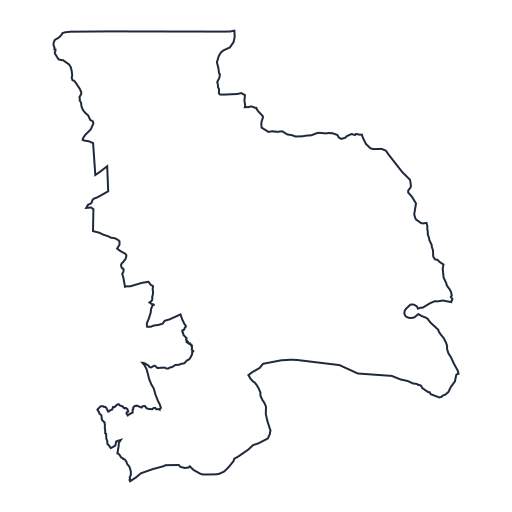 Lambussie-karni, Upper West, Ghana (orthographic projection)
{"feature_id": "2480657B9523556036154", "entity_name": "Lambussie-karni", "entity_type": "district", "adm_level": 2, "iso_a3": "GHA", "parent_name": "Ghana", "parent_adm1": "Upper West", "projection": "orthographic", "projection_center": [-2.645, 10.837], "detail": "fine", "context": "isolated", "style": "outline", "palette": "slate", "viewbox_px": 512, "rotation_deg": 0, "n_neighbors": 0, "source": "geoboundaries", "source_scale": "gbopen_adm2", "svg_char_len": 6004}
<svg xmlns="http://www.w3.org/2000/svg" viewBox="0 0 512 512"><path d="M458.5,373.8L457.7,370.5L454.1,364.1L450.8,357.0L448.4,353.3L447.0,348.8L447.1,345.9L446.2,343.1L443.8,338.2L440.4,334.1L438.6,331.2L438.3,329.8L430.4,322.5L427.5,318.7L425.7,317.6L421.6,316.0L418.3,314.1L414.5,317.3L411.6,318.0L408.5,317.8L405.6,316.3L404.3,313.5L404.7,310.8L405.8,309.0L410.1,304.9L410.9,304.5L413.7,304.6L415.3,305.4L416.9,306.5L418.0,308.7L419.7,307.9L422.8,307.6L430.1,303.2L434.7,301.2L437.6,301.4L442.8,300.5L451.2,302.1L451.2,301.3L451.9,300.6L452.4,299.1L450.8,296.9L451.8,295.6L450.9,291.6L449.7,289.4L446.9,285.6L446.2,283.1L443.6,277.5L442.7,268.5L443.5,264.5L439.4,261.8L437.6,259.9L435.1,259.4L434.3,258.5L433.2,256.3L433.0,250.4L431.8,246.8L431.7,245.0L429.3,239.9L429.1,238.1L427.8,234.6L427.8,231.6L427.3,229.5L427.3,225.8L426.5,222.9L423.2,223.4L421.1,223.1L416.0,219.5L415.2,217.9L414.2,214.3L416.0,203.5L412.0,196.8L408.2,192.6L408.2,190.5L410.6,187.4L410.9,186.1L410.5,182.2L409.9,179.7L402.2,172.0L388.9,155.0L385.8,150.6L381.6,148.9L373.2,149.1L370.4,148.3L365.9,143.9L363.0,138.0L361.9,134.7L359.6,134.7L356.1,133.9L355.0,135.1L351.6,134.0L346.9,136.1L345.3,137.7L341.3,138.9L339.0,137.7L337.3,134.9L332.0,133.1L330.6,133.3L329.6,132.9L325.9,133.4L319.1,132.8L316.8,133.2L311.3,135.3L306.4,135.6L302.5,136.3L295.5,136.5L292.0,135.2L287.2,134.4L282.3,131.3L276.7,131.9L275.1,131.4L273.7,131.7L272.6,131.2L268.4,131.9L261.6,127.6L261.3,124.1L261.5,121.9L263.0,117.2L262.6,115.9L258.3,111.4L256.5,108.8L256.4,107.9L254.8,107.7L251.5,106.4L248.5,107.1L244.8,107.2L245.2,105.5L244.4,100.6L245.0,95.2L241.4,93.1L237.2,94.0L223.8,94.6L219.9,94.5L218.9,93.3L219.0,89.2L218.1,87.3L217.7,83.5L217.2,82.1L219.4,77.7L219.9,74.3L219.0,73.0L218.4,68.2L216.9,62.2L218.8,56.0L221.0,52.3L223.6,50.3L229.9,47.4L233.6,42.0L234.7,36.7L234.4,30.7L230.0,31.5L225.3,31.6L107.3,31.4L70.5,31.7L65.1,32.3L62.4,33.2L61.4,35.0L58.8,37.6L55.0,39.8L53.9,41.8L53.5,44.1L53.5,45.0L54.5,47.6L54.4,49.4L55.5,49.6L55.4,51.1L54.8,52.2L54.9,53.5L58.5,59.3L61.4,60.1L62.9,60.1L69.1,64.5L70.7,67.0L71.7,70.9L72.2,75.3L71.7,77.7L72.5,80.2L74.1,80.8L75.0,81.7L79.7,88.7L81.1,91.7L81.3,93.3L81.0,94.5L79.4,97.1L79.9,99.0L79.6,100.3L81.0,102.6L81.5,106.4L82.8,109.8L85.0,112.6L88.2,115.5L90.3,120.0L92.7,121.2L93.4,123.4L90.7,129.5L85.3,134.8L83.1,138.1L82.6,139.8L84.0,140.5L88.9,141.3L93.1,143.1L95.3,175.0L99.9,171.9L107.2,166.2L108.2,191.3L97.2,197.4L93.8,198.7L92.5,200.0L91.7,202.4L91.0,203.4L88.0,204.8L86.2,207.9L91.1,207.5L93.4,209.2L93.0,231.1L99.5,232.8L102.9,234.5L109.0,236.6L110.6,237.6L115.0,238.3L118.0,239.9L119.5,241.4L119.5,244.7L117.1,248.6L120.3,251.0L125.3,253.8L125.9,254.4L126.4,255.5L126.1,257.3L125.2,259.6L124.0,260.7L123.6,261.8L121.8,263.2L121.0,265.1L121.6,267.6L122.6,268.6L123.2,268.6L123.7,269.9L123.2,272.2L122.2,273.8L123.4,277.9L125.0,286.8L126.4,286.3L130.3,286.3L142.1,282.8L148.5,281.8L150.7,284.8L153.0,286.1L152.7,289.0L153.1,293.3L152.2,297.1L152.3,299.6L151.6,300.9L149.5,302.5L151.7,304.0L153.6,304.5L153.8,304.9L152.4,305.6L151.1,309.0L150.6,313.0L148.7,318.9L146.9,323.2L146.8,324.7L147.2,326.8L151.0,326.7L153.5,325.6L159.0,324.8L162.7,323.6L164.7,320.8L169.5,319.4L180.5,314.4L182.1,319.2L184.5,324.1L185.8,325.9L185.6,327.2L184.8,327.7L184.1,329.7L182.3,330.4L182.4,332.0L182.9,332.3L183.5,335.0L186.6,338.2L186.0,339.6L187.8,341.7L186.8,342.1L188.7,343.6L189.2,343.4L189.6,343.9L190.1,343.6L190.8,344.8L191.4,344.8L191.3,345.6L192.0,346.0L191.8,347.1L192.1,348.1L191.7,349.5L193.3,351.1L193.0,351.6L192.2,351.7L192.1,354.3L190.3,357.8L189.1,359.4L187.0,360.4L184.3,363.3L180.9,363.9L179.4,364.7L175.2,365.0L173.3,366.4L171.1,367.4L170.0,367.4L168.2,368.5L166.4,368.5L164.5,367.6L157.4,368.0L155.1,365.9L154.2,365.7L151.2,367.4L149.6,367.2L148.5,365.6L147.3,364.8L143.7,362.9L142.4,362.8L144.7,365.5L146.7,369.5L149.2,379.2L151.2,384.1L153.8,388.6L155.4,394.4L157.9,400.8L159.8,404.5L160.9,407.9L159.8,409.0L159.7,409.7L158.8,409.1L157.1,409.3L156.2,409.1L155.4,408.0L154.5,407.9L153.4,408.1L152.4,409.2L148.8,409.0L146.5,408.2L144.9,406.0L142.4,406.3L141.6,407.5L141.2,407.5L136.9,405.6L136.0,406.1L135.2,405.8L134.2,406.4L133.2,407.7L133.3,409.0L132.6,409.6L132.7,412.5L128.2,414.9L127.8,415.4L126.5,413.6L126.7,412.4L128.2,411.6L127.4,409.0L125.8,408.0L125.4,408.0L124.9,408.5L124.6,408.4L123.8,407.6L123.2,407.5L122.8,406.5L119.9,405.5L118.9,404.3L118.3,404.2L116.1,405.3L115.6,406.3L114.2,407.2L113.5,406.8L113.0,407.0L112.2,409.5L109.6,410.6L108.8,411.5L108.1,411.6L106.5,408.1L105.1,406.8L104.1,407.0L102.8,406.1L100.5,406.4L97.5,409.5L97.9,409.9L97.8,410.7L98.7,411.6L99.6,413.9L100.9,414.7L101.5,415.8L101.8,419.4L102.8,420.9L104.5,422.3L104.9,424.7L104.8,428.2L105.2,430.0L105.2,433.3L106.1,433.9L106.3,438.6L107.2,440.7L107.4,444.0L108.5,444.9L110.8,448.1L115.0,445.8L115.5,444.9L116.1,441.7L116.7,441.2L120.8,439.9L118.8,443.0L118.7,445.7L117.4,453.3L119.2,454.4L121.2,457.5L122.8,458.2L123.0,458.9L124.8,459.5L126.4,461.7L127.1,463.9L129.4,466.7L130.8,471.3L130.9,474.8L129.7,477.5L130.3,479.7L130.1,480.4L129.7,480.4L130.1,481.3L136.0,477.4L140.9,473.3L152.8,469.1L163.2,466.3L165.6,465.2L178.7,465.0L180.5,466.9L185.0,468.0L188.6,467.5L189.7,466.3L193.6,470.0L200.4,473.8L202.7,474.5L214.8,474.4L218.7,474.0L223.7,471.8L225.7,470.1L229.1,466.6L233.6,461.0L234.2,458.8L238.6,456.3L248.4,449.5L253.1,445.1L258.5,443.3L267.8,438.5L270.0,433.7L269.9,432.8L270.5,430.7L267.4,421.1L265.8,414.1L266.0,407.1L265.7,405.9L264.2,402.6L262.4,400.0L261.2,397.4L260.4,395.4L260.4,392.6L258.7,388.5L256.7,385.0L254.5,382.4L253.1,381.5L250.5,378.8L248.4,375.1L252.4,372.1L259.6,368.0L263.0,363.8L281.2,360.3L291.4,359.7L297.2,360.0L339.5,365.1L357.8,373.5L391.7,375.9L400.7,379.5L407.7,381.0L413.1,383.5L416.5,383.9L417.6,384.3L418.1,385.0L420.3,385.2L421.3,386.1L422.3,388.1L428.1,392.1L429.6,392.2L430.7,394.2L439.5,397.5L441.7,396.7L442.5,395.7L445.5,394.5L448.4,392.0L450.7,387.2L454.9,381.4L456.3,374.8L457.2,374.1L458.5,373.8Z" fill="none" stroke="#1e293b" stroke-width="2"/></svg>